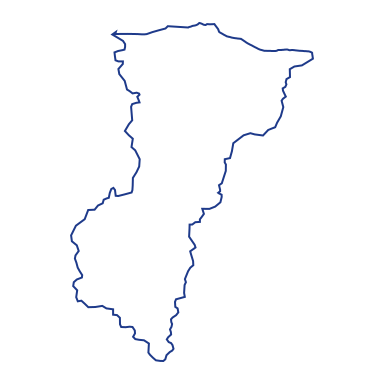 outline of Ansina, Tacuarembó, Uruguay
{"feature_id": "84410073B28214065612775", "entity_name": "Ansina", "entity_type": "district", "adm_level": 2, "iso_a3": "URY", "parent_name": "Uruguay", "parent_adm1": "Tacuarembó", "projection": "natural_earth1", "projection_center": [-55.347, -31.995], "detail": "fine", "context": "isolated", "style": "outline", "palette": "blue", "viewbox_px": 384, "rotation_deg": 0, "n_neighbors": 0, "source": "geoboundaries", "source_scale": "gbopen_adm2", "svg_char_len": 4594}
<svg xmlns="http://www.w3.org/2000/svg" viewBox="0 0 384 384"><path d="M112.3,34.5L117.7,37.7L123.0,40.9L125.1,44.1L125.1,46.9L124.5,49.6L122.6,50.1L118.1,51.0L114.5,52.4L114.9,56.0L115.5,60.3L118.4,61.4L122.9,61.4L122.8,64.0L118.4,69.0L119.3,74.1L124.7,80.9L127.0,89.5L129.6,91.1L132.6,93.4L136.7,92.7L139.1,93.6L139.5,94.7L137.3,96.8L138.3,99.2L139.1,101.2L139.5,102.4L136.4,102.8L132.2,104.1L131.1,106.8L132.2,120.3L128.9,124.2L124.9,131.0L128.9,135.3L132.8,138.7L131.5,147.1L135.2,150.3L139.7,159.2L139.2,166.5L136.5,172.2L132.9,177.9L132.7,185.6L132.4,190.1L131.6,192.5L124.2,194.5L118.2,196.0L115.7,195.8L115.4,193.4L115.0,190.0L113.4,187.9L111.3,189.0L109.8,192.9L108.8,197.8L106.7,198.4L103.7,199.7L102.7,203.3L101.2,204.0L98.0,205.5L94.6,209.7L88.2,210.0L84.7,219.2L75.9,225.7L71.1,235.4L71.9,241.3L76.8,245.3L78.7,251.0L75.5,255.4L74.9,258.6L76.4,262.7L77.7,267.6L79.8,271.4L82.2,275.1L81.9,277.5L76.8,279.5L73.8,282.2L73.2,286.1L77.2,290.3L76.2,297.2L77.8,301.3L81.4,300.7L84.7,303.7L88.3,307.2L95.3,307.0L102.3,305.9L106.4,308.4L113.1,309.3L113.1,314.7L117.0,315.1L119.9,317.8L120.0,324.3L121.2,327.0L123.3,327.1L125.6,327.2L129.7,326.7L132.5,327.0L134.8,330.5L135.0,333.4L133.1,336.8L135.3,339.1L139.1,339.8L144.0,340.3L148.9,343.5L148.4,352.6L149.9,354.7L152.8,357.6L155.9,360.3L160.1,360.9L163.3,361.0L165.3,359.3L166.5,355.2L169.7,352.1L172.2,350.6L173.5,348.8L172.5,345.1L171.1,343.1L168.7,342.1L166.8,339.4L168.1,337.3L171.1,334.5L170.9,332.1L170.0,329.4L171.5,326.8L172.1,324.0L171.3,322.1L171.0,319.3L172.6,317.5L176.1,315.2L178.3,312.4L177.6,308.4L175.3,306.9L175.0,301.9L176.0,299.3L184.8,296.9L184.1,292.9L184.6,285.0L185.9,282.2L184.9,279.1L188.1,271.2L190.3,267.7L193.3,265.2L193.1,261.1L191.0,254.2L190.2,251.3L195.5,247.5L194.7,244.9L189.1,236.7L189.5,228.8L189.6,224.6L192.3,224.5L195.3,222.2L199.9,221.9L199.9,219.3L201.4,217.4L203.9,213.9L202.3,208.8L209.4,208.9L215.2,206.6L220.4,202.3L221.7,196.9L221.6,194.7L219.0,193.4L218.2,192.8L220.1,191.3L220.1,189.7L219.0,185.2L221.8,183.3L223.7,177.4L225.8,170.9L225.9,164.5L224.7,162.4L224.8,159.2L230.0,158.1L231.9,151.3L233.3,143.2L243.6,135.3L250.4,133.2L254.7,134.4L263.0,135.5L268.3,129.9L275.2,127.2L277.1,122.7L280.8,116.3L283.3,107.1L281.6,100.7L282.9,98.8L285.8,96.6L284.4,93.7L283.0,90.7L282.7,88.4L285.3,86.9L286.4,84.4L285.7,82.2L286.5,79.1L290.0,77.1L289.8,69.2L294.4,66.5L301.9,65.4L312.9,58.7L312.9,58.4L312.8,57.8L312.6,56.9L312.6,56.4L312.5,55.7L312.3,54.8L312.2,53.8L312.1,53.1L312.1,52.8L312.0,52.7L311.9,52.6L311.6,52.4L311.3,52.3L310.7,52.0L310.4,51.9L310.0,51.7L309.4,51.6L308.9,51.4L308.7,51.4L308.2,51.3L307.9,51.3L307.3,51.3L306.4,51.2L305.2,51.1L304.2,51.1L303.3,51.0L302.3,50.9L301.4,50.9L300.5,50.8L299.7,50.8L298.8,50.7L298.0,50.6L297.0,50.5L296.1,50.4L295.2,50.3L294.5,50.2L294.0,50.1L293.5,50.1L293.0,50.0L292.6,50.0L292.3,50.0L292.1,50.0L291.7,50.0L291.0,50.1L290.7,50.1L290.1,50.2L289.9,50.2L289.6,50.2L289.3,50.2L289.1,50.1L288.8,50.0L288.4,49.9L288.0,49.7L287.5,49.6L287.2,49.5L286.8,49.5L286.5,49.5L286.2,49.5L285.7,49.6L285.2,49.6L284.8,49.6L284.5,49.7L284.2,49.7L283.8,49.8L283.4,49.8L283.1,49.8L282.6,49.9L282.2,49.9L281.8,49.9L281.5,50.0L280.9,50.0L280.6,50.0L280.2,50.0L279.7,50.0L279.3,50.0L278.8,50.0L278.4,50.0L278.2,50.0L277.8,50.2L277.6,50.3L277.4,50.4L277.2,50.5L276.9,50.7L276.6,50.8L276.4,50.8L275.9,50.9L275.5,51.0L275.4,51.0L274.7,51.0L273.6,51.0L272.6,51.0L271.5,51.0L270.6,50.9L270.0,50.9L269.0,50.9L268.4,50.9L267.9,50.9L267.1,50.9L266.3,50.8L265.2,50.8L264.4,50.8L264.0,50.7L263.6,50.6L262.6,50.3L261.9,50.1L260.7,49.8L260.2,49.7L259.8,49.5L259.3,49.3L259.0,49.2L258.3,48.9L257.4,48.4L256.3,47.8L255.2,47.3L254.3,46.8L253.3,46.3L252.3,45.7L251.3,45.2L250.0,44.6L249.1,44.1L247.6,43.3L246.0,42.3L244.8,41.4L244.3,41.1L243.6,40.6L243.0,40.2L241.5,39.2L241.1,39.0L241.0,38.9L240.8,38.9L240.5,38.8L240.3,38.8L239.6,38.7L238.5,38.6L237.4,38.5L237.0,38.4L236.3,38.3L235.3,38.2L234.6,38.1L234.0,38.0L232.4,37.7L232.1,37.7L231.5,37.5L230.8,37.3L230.1,37.1L229.8,37.0L229.4,36.9L229.0,36.9L228.4,36.7L227.9,36.6L227.6,36.5L227.0,36.4L224.6,35.1L223.8,34.7L223.3,34.4L223.0,34.2L222.5,33.9L221.6,33.4L219.8,32.4L219.2,31.9L219.0,31.7L218.8,31.0L218.6,30.6L218.6,30.4L218.1,29.1L214.5,24.3L214.4,24.1L210.0,24.3L207.1,24.1L205.6,25.0L204.6,24.9L203.6,24.7L201.9,23.8L200.3,23.2L199.3,23.0L197.7,24.4L196.7,24.9L195.7,25.3L194.9,25.5L192.5,25.9L190.6,26.7L189.1,27.0L188.2,27.5L167.8,26.2L165.5,28.5L158.4,30.4L152.4,32.1L146.7,34.1L144.8,34.3L141.3,34.3L138.1,34.1L134.4,34.0L127.3,33.9L115.2,34.0L115.8,32.0L112.3,34.5Z" fill="none" stroke="#1e3a8a" stroke-width="2"/></svg>